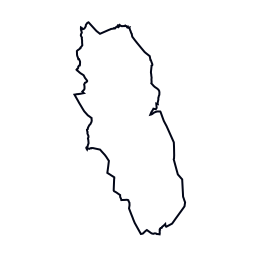 Morelos, Michoacán, Mexico (Mercator projection), rotated 265°
{"feature_id": "50627088B83607479141313", "entity_name": "Morelos", "entity_type": "district", "adm_level": 2, "iso_a3": "MEX", "parent_name": "Mexico", "parent_adm1": "Michoacán", "projection": "mercator", "projection_center": [-101.41, 19.992], "detail": "fine", "context": "isolated", "style": "outline", "palette": "ink", "viewbox_px": 256, "rotation_deg": 265, "n_neighbors": 0, "source": "geoboundaries", "source_scale": "gbopen_adm2", "svg_char_len": 4968}
<svg xmlns="http://www.w3.org/2000/svg" viewBox="0 0 256 256"><g transform="rotate(265 128 128)"><path d="M165.9,77.6L158.7,80.9L158.2,81.1L157.7,81.3L153.4,83.4L151.5,84.3L148.7,85.7L148.1,86.1L146.9,87.0L146.1,87.6L144.1,89.1L142.6,90.9L142.4,91.1L142.2,91.3L141.1,92.6L140.3,92.5L138.4,92.5L137.5,92.2L137.2,92.1L136.6,91.8L135.5,91.0L135.0,90.8L134.6,90.2L134.2,89.7L131.7,88.1L130.5,87.9L129.9,87.0L128.7,87.0L127.5,87.4L126.7,87.1L126.3,87.1L125.7,87.2L123.5,87.9L123.2,87.9L121.9,87.7L121.3,87.2L120.6,87.2L119.8,87.4L116.3,87.4L114.6,86.6L113.1,86.1L112.7,85.5L112.2,84.8L111.3,84.8L110.1,85.4L110.5,85.6L111.0,85.8L111.1,86.2L111.0,86.9L110.6,87.6L111.1,88.9L110.9,89.4L111.2,89.7L111.1,91.2L108.9,98.3L106.7,99.9L103.3,102.5L101.4,103.7L98.4,105.3L96.9,106.1L91.7,105.0L85.1,103.5L80.1,110.0L79.2,110.0L78.8,109.8L77.3,109.6L67.1,108.3L66.3,108.6L64.8,110.8L63.8,112.0L63.7,112.1L61.9,114.3L59.9,114.2L59.5,114.4L58.0,114.9L57.1,115.1L56.8,115.1L56.6,119.6L56.6,120.3L56.5,121.0L56.4,121.2L56.1,122.0L54.8,122.3L53.5,122.9L51.0,122.8L50.1,122.6L47.8,122.0L46.4,122.4L41.9,123.7L37.9,124.9L36.7,125.2L32.9,126.4L29.1,128.1L21.3,131.6L21.4,132.7L21.6,133.7L23.1,135.5L24.2,137.0L24.7,137.9L22.5,140.5L21.7,141.4L21.0,142.3L20.6,143.3L20.4,144.0L20.5,144.5L20.7,145.0L20.6,146.2L20.3,147.0L19.8,147.5L19.7,148.7L19.3,150.2L20.0,150.4L22.9,150.6L23.4,150.7L23.8,150.7L23.9,151.0L24.3,150.9L24.5,150.9L24.8,151.1L25.5,151.8L25.5,152.4L25.6,152.7L25.8,153.1L26.5,153.3L27.9,155.4L29.0,156.7L28.3,156.7L26.7,157.2L26.4,157.3L26.3,157.5L26.8,158.7L28.9,163.6L30.4,164.9L33.0,167.1L33.6,167.6L36.0,169.7L42.8,175.6L45.1,177.5L49.0,178.4L49.6,178.2L51.5,177.7L53.3,177.3L54.7,176.9L54.9,176.9L72.1,177.5L73.3,176.6L77.4,173.6L82.3,172.7L92.9,170.8L93.6,171.2L95.9,171.5L96.0,171.5L96.6,171.6L105.3,172.2L109.7,172.4L123.6,167.6L127.0,166.4L127.4,166.2L131.9,164.3L135.2,163.4L140.9,161.9L141.6,161.6L141.8,160.1L141.9,158.4L141.6,156.9L141.1,155.4L140.8,154.8L139.9,153.5L139.5,152.5L139.3,151.4L140.3,151.9L141.8,152.7L142.8,153.5L144.0,154.4L145.0,155.0L144.3,157.3L144.8,157.7L145.2,158.0L145.6,158.3L148.0,158.3L149.8,158.3L149.6,158.7L149.5,158.9L149.5,159.5L149.4,159.7L150.1,159.6L153.6,160.7L154.8,160.8L155.3,160.8L156.1,161.2L156.6,161.3L157.4,161.6L158.3,162.1L160.7,162.4L162.1,162.3L163.6,161.6L164.4,160.8L164.8,160.4L165.5,159.6L166.0,158.9L166.4,158.5L166.6,158.2L166.9,157.9L167.2,157.7L167.4,157.5L167.8,157.1L169.1,156.2L170.5,155.1L171.0,155.3L171.4,155.5L174.2,155.6L174.3,155.6L174.5,155.6L176.0,155.9L177.9,155.8L179.6,155.8L180.6,155.7L181.6,155.7L183.3,156.0L187.8,156.9L188.1,156.9L188.2,157.2L188.4,157.6L189.2,157.8L189.4,157.8L190.8,157.4L191.9,157.1L192.3,157.0L193.1,156.8L193.4,156.7L193.5,156.7L193.7,156.3L197.7,155.9L199.2,154.3L199.6,153.9L200.7,152.7L202.2,151.2L203.2,150.5L206.2,148.4L206.9,147.9L207.8,147.3L212.3,144.2L214.9,142.5L218.6,140.2L221.6,139.9L221.7,139.7L222.9,139.3L223.0,139.3L223.4,139.2L223.7,139.1L223.9,139.1L224.1,139.1L224.3,139.0L225.1,138.7L225.8,138.5L226.6,138.4L226.8,138.3L227.1,138.2L227.8,138.1L228.0,138.2L227.8,137.0L228.4,136.9L228.6,136.8L229.0,136.7L228.6,135.8L228.8,135.7L229.3,135.6L229.6,135.4L230.0,134.3L230.3,134.1L230.2,133.9L230.0,134.0L229.8,133.8L229.9,133.2L230.0,131.8L230.0,131.7L229.9,130.9L230.0,130.7L230.4,129.8L230.5,129.6L230.8,129.1L231.2,128.8L231.5,128.6L231.1,127.9L230.9,127.3L231.1,127.0L230.9,126.9L230.7,126.8L230.6,127.0L230.4,127.3L230.2,127.3L230.1,127.5L229.9,127.7L229.8,127.8L229.2,127.1L229.3,126.9L229.8,126.2L230.0,125.9L230.0,125.6L229.7,125.2L229.1,124.5L229.1,124.4L228.6,124.1L228.7,123.9L228.7,123.3L228.7,123.2L228.7,122.9L228.3,122.9L228.3,122.5L228.3,122.1L228.2,120.7L228.1,119.6L227.8,118.9L227.4,117.5L227.3,117.2L227.2,116.9L225.2,111.0L224.3,108.3L227.3,105.1L229.6,103.3L229.9,103.1L230.8,102.4L236.7,97.9L236.3,96.7L235.6,96.1L235.2,95.7L234.7,95.3L234.3,95.0L234.1,95.0L233.8,94.9L233.2,94.8L232.8,94.7L232.1,94.1L231.9,94.0L230.9,93.2L230.7,92.8L230.4,91.7L230.6,91.6L231.1,91.1L231.4,90.9L231.9,90.5L231.9,90.3L232.2,89.9L230.5,89.7L229.9,89.9L229.4,89.8L228.3,90.1L227.0,90.3L225.8,89.5L224.9,89.2L224.2,89.1L223.6,89.3L222.7,89.7L222.5,89.8L221.9,90.0L221.4,89.8L220.3,89.8L219.3,89.9L217.0,89.7L216.0,89.7L215.4,89.7L214.4,89.7L213.8,89.2L213.5,89.0L213.2,88.7L212.1,87.5L211.6,87.6L210.6,86.0L209.8,84.6L209.1,83.8L205.2,83.6L203.9,83.8L202.7,84.2L200.9,84.5L200.9,85.2L198.5,86.0L197.6,86.0L197.1,85.9L195.5,85.7L195.0,85.6L194.5,85.4L194.5,84.8L193.5,83.8L192.2,83.6L191.4,83.0L191.4,82.8L191.4,82.6L190.5,81.8L189.4,82.7L189.3,82.9L188.9,83.3L188.7,83.5L187.5,84.6L186.4,85.8L185.6,86.9L184.4,88.4L181.7,89.5L178.7,91.4L178.2,91.4L177.6,90.9L177.0,89.9L176.8,89.1L175.2,88.1L173.3,88.3L172.3,88.2L171.5,88.2L170.2,87.8L168.3,85.7L167.7,86.2L166.8,86.8L166.6,87.0L166.3,84.1L166.2,83.2L166.2,82.3L166.2,82.1L166.1,81.5L166.1,81.2L166.2,80.3L166.0,79.1L166.0,78.9L165.9,77.6Z" fill="none" stroke="#020617" stroke-width="2"/></g></svg>